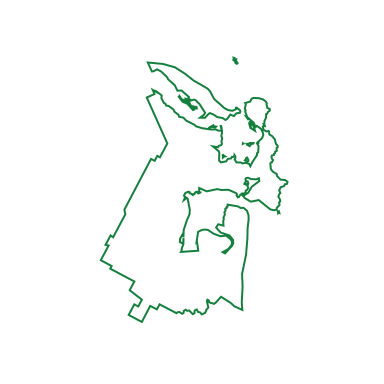 the district of Invercargill City, Southland, New Zealand, rotated 208°
{"feature_id": "76426892B89444897674661", "entity_name": "Invercargill City", "entity_type": "district", "adm_level": 2, "iso_a3": "NZL", "parent_name": "New Zealand", "parent_adm1": "Southland", "projection": "mercator", "projection_center": [168.346, -46.488], "detail": "fine", "context": "isolated", "style": "outline", "palette": "green", "viewbox_px": 384, "rotation_deg": 208, "n_neighbors": 0, "source": "geoboundaries", "source_scale": "gbopen_adm2", "svg_char_len": 6145}
<svg xmlns="http://www.w3.org/2000/svg" viewBox="0 0 384 384"><g transform="rotate(208 192 192)"><path d="M101.1,111.0L92.2,111.5L96.2,117.8L102.9,132.2L109.3,143.1L114.8,161.9L121.2,176.8L125.9,186.1L129.3,194.8L131.3,198.1L134.7,201.3L139.0,202.2L141.7,200.7L144.5,200.9L154.6,197.6L153.8,195.8L154.3,195.5L154.4,194.7L153.9,194.2L154.7,192.6L153.7,191.2L153.9,189.3L152.4,187.7L152.2,184.1L151.4,183.4L150.6,180.6L148.4,177.1L153.7,175.8L154.0,171.9L147.7,169.7L138.3,171.2L133.2,168.9L131.6,166.2L131.3,163.5L134.0,153.3L136.7,153.3L133.2,158.7L132.2,163.9L133.1,166.7L135.6,168.4L141.5,169.5L146.3,166.2L153.4,165.3L159.9,166.0L162.7,165.1L165.5,163.1L167.9,159.7L164.6,150.3L164.5,150.8L158.9,143.1L173.6,133.9L173.6,135.3L174.6,137.4L175.1,141.9L178.0,147.6L176.1,143.2L176.5,142.1L179.2,142.1L180.6,145.2L180.4,151.5L178.4,148.2L181.5,154.6L183.2,164.3L183.7,171.1L185.7,175.4L192.7,184.1L195.1,184.4L194.3,183.4L195.3,181.2L195.5,183.7L197.4,185.1L197.4,187.9L195.5,190.5L194.4,190.8L193.6,189.7L192.6,190.2L189.9,189.7L190.1,190.6L188.8,191.3L189.1,192.5L188.5,194.0L187.4,194.7L187.3,194.0L185.9,193.6L184.7,194.8L184.5,195.5L185.6,195.3L187.5,198.9L179.3,199.5L171.1,206.4L167.4,207.4L160.8,211.1L152.2,211.7L151.0,210.9L151.0,209.8L149.0,208.8L148.2,209.7L148.2,211.5L147.0,214.4L145.6,214.8L144.4,216.6L145.2,218.4L144.5,219.4L144.2,222.0L146.5,223.9L149.6,223.7L149.6,224.9L146.1,224.5L146.2,225.9L147.9,227.6L149.5,226.8L150.9,228.6L150.7,229.7L149.3,230.8L145.8,231.2L141.3,233.3L139.4,235.5L137.7,233.3L141.7,224.7L142.0,217.7L144.2,214.0L145.8,212.7L142.4,211.4L135.5,211.1L129.3,216.2L114.6,213.4L110.9,214.5L109.0,216.3L109.7,217.9L108.6,221.6L110.2,223.6L109.7,225.2L110.7,226.6L113.7,228.6L113.9,231.6L113.5,232.6L115.8,234.4L115.9,237.9L113.5,240.4L113.6,242.4L112.0,243.7L112.4,245.8L115.4,246.3L119.7,244.5L124.6,246.1L125.5,247.6L130.4,248.0L133.1,249.2L136.2,253.9L136.2,255.0L135.4,255.7L135.4,258.3L137.1,258.9L138.5,260.6L138.5,261.8L137.1,263.1L137.5,264.2L137.0,265.2L137.5,266.8L136.5,268.0L138.0,270.8L137.4,271.8L138.2,273.1L140.5,273.9L143.5,277.3L147.6,279.0L150.7,279.1L152.2,281.4L153.1,281.8L154.5,280.5L157.9,280.4L160.1,282.8L160.0,283.8L158.6,284.3L159.4,285.3L160.9,285.8L160.4,286.7L161.4,289.0L161.5,292.5L163.1,295.5L162.4,296.1L162.5,298.3L161.5,300.3L162.2,301.7L164.9,301.6L167.4,304.4L167.8,305.7L169.6,306.6L172.8,307.1L177.1,306.2L181.9,303.9L183.1,302.4L183.1,299.1L186.8,295.6L185.7,294.7L184.4,290.2L182.9,289.1L182.7,287.9L178.7,284.3L180.2,284.6L178.0,284.0L179.4,283.9L175.7,282.1L177.7,283.3L176.9,283.8L170.3,282.1L170.9,280.9L174.5,281.9L173.4,281.3L173.5,280.7L174.7,280.6L171.0,279.5L171.2,278.5L172.8,278.4L171.3,276.8L170.3,276.7L170.3,276.0L165.1,275.6L170.8,280.9L170.2,282.1L166.3,279.4L165.9,280.8L160.8,280.2L157.5,277.9L155.8,275.8L155.4,272.5L156.9,267.9L156.3,266.3L156.6,265.7L157.5,266.1L157.5,265.5L154.8,263.8L152.2,258.1L152.8,256.8L151.9,255.1L152.7,246.9L152.6,242.1L154.9,243.7L158.4,242.9L160.9,240.9L162.8,241.0L166.6,239.0L169.7,240.8L169.6,242.2L170.4,243.8L171.9,244.6L171.6,243.8L172.2,242.1L173.2,241.7L173.2,240.1L175.9,238.0L176.3,235.0L180.4,231.7L182.8,232.4L186.2,239.2L187.4,240.5L194.9,242.1L190.0,243.7L190.1,245.2L188.3,247.1L188.1,248.4L189.6,250.2L190.5,253.6L192.4,255.2L193.2,258.1L194.5,260.5L197.1,263.9L197.6,263.7L195.0,260.6L194.9,259.9L197.9,258.4L200.4,258.4L204.3,256.2L213.0,253.1L219.0,251.9L221.7,252.5L230.6,252.3L234.5,253.6L238.8,252.4L240.1,253.8L245.0,254.6L247.6,256.3L253.2,257.0L255.4,256.2L256.8,257.4L258.6,257.4L263.1,260.5L264.0,262.9L264.8,263.2L271.4,264.2L272.1,264.0L271.5,263.6L274.6,263.7L271.1,260.9L276.3,254.2L236.6,223.3L236.6,207.6L239.6,207.6L239.6,202.0L243.7,202.0L243.4,144.7L240.4,141.0L240.4,122.5L240.4,115.0L243.5,115.4L243.5,104.8L240.5,105.6L240.5,88.9L228.2,88.9L228.2,85.9L200.9,85.9L200.9,76.0L185.7,73.4L185.7,65.7L190.2,65.7L190.2,53.7L175.3,53.7L175.4,71.8L167.9,71.9L167.9,77.6L148.8,77.7L148.2,79.2L146.8,80.1L143.5,79.9L142.7,81.1L143.4,83.3L142.3,85.1L140.5,84.8L138.7,86.1L134.0,84.5L132.9,86.1L133.8,87.8L133.7,89.2L132.6,90.5L130.3,88.9L128.3,89.5L125.9,88.5L123.6,91.6L124.0,94.9L123.3,97.6L127.7,102.7L127.8,104.1L126.3,104.2L124.9,102.7L120.0,103.6L119.0,105.8L117.2,113.1L105.5,112.2L101.1,111.0ZM284.0,279.6L282.6,280.6L280.4,283.9L275.8,283.9L267.9,281.7L266.1,280.3L257.4,278.2L252.4,274.6L249.0,276.7L239.2,274.4L239.4,272.7L238.3,272.7L239.3,271.7L241.6,271.3L240.7,270.0L236.5,271.7L233.7,274.5L232.1,274.8L226.7,273.2L217.6,268.1L217.7,265.8L219.8,261.4L215.4,263.6L214.0,268.8L213.2,270.1L209.1,270.5L205.1,270.0L199.5,271.7L196.3,271.3L195.2,273.2L194.5,278.4L190.6,278.7L189.8,282.2L186.9,284.5L187.1,285.8L188.3,286.8L192.5,287.4L192.8,287.1L192.1,285.7L194.4,282.7L198.5,281.3L202.3,281.2L216.2,284.5L223.1,289.3L226.7,290.6L243.1,291.2L254.2,293.2L265.5,294.1L277.8,291.4L291.8,285.6L284.0,279.6ZM237.5,267.7L229.5,264.8L229.0,265.5L230.4,266.3L230.2,267.4L233.1,267.4L237.4,270.5L242.5,269.2L239.2,268.7L237.9,269.2L236.3,267.9L237.7,268.5L239.4,267.8L243.2,269.3L245.2,269.0L242.0,267.6L242.6,267.5L249.3,270.3L242.8,267.3L237.5,267.7ZM214.2,326.3L212.6,326.2L212.3,327.3L215.1,328.7L215.3,329.9L216.4,329.1L217.2,330.3L218.4,330.1L217.4,328.7L217.5,328.0L215.3,327.6L214.2,326.3ZM164.8,259.7L162.6,259.5L162.2,262.2L160.6,263.5L160.6,264.1L163.8,262.5L165.3,260.4L164.8,259.7ZM160.2,244.9L157.7,244.7L156.8,245.8L157.3,246.8L159.6,248.3L160.1,247.6L159.7,246.0L160.2,244.9ZM204.5,260.9L206.8,257.4L207.4,255.8L206.9,257.0L204.9,258.8L201.7,260.1L201.4,261.1L203.9,260.3L204.5,260.9ZM231.1,267.7L228.3,267.1L227.3,267.8L229.8,268.6L233.0,267.6L230.1,268.4L229.4,268.1L231.1,267.7ZM107.3,215.2L106.0,213.7L105.7,214.6L105.1,214.6L106.1,215.8L107.3,215.2ZM181.3,237.9L180.8,236.9L180.5,237.6L180.9,238.0L179.5,239.0L180.5,239.1L181.3,237.9ZM248.0,270.8L247.8,270.2L246.2,269.7L246.4,270.1L248.0,270.8ZM166.3,260.2L165.6,259.7L165.4,260.6L166.3,260.2ZM229.0,268.4L227.9,268.7L227.8,269.0L228.2,269.1L229.0,268.4ZM182.7,238.3L182.0,238.7L182.1,239.0L182.7,238.3ZM169.9,259.0L169.7,258.4L169.3,258.9L169.9,259.0Z" fill="none" stroke="#15803d" stroke-width="2"/></g></svg>